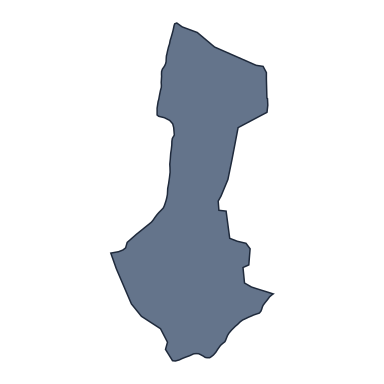 outline of Pavee, Castries, Saint Lucia
{"feature_id": "8701671B25758314350266", "entity_name": "Pavee", "entity_type": "district", "adm_level": 2, "iso_a3": "LCA", "parent_name": "Saint Lucia", "parent_adm1": "Castries", "projection": "albers", "projection_center": [-60.992, 14.003], "detail": "fine", "context": "isolated", "style": "filled", "palette": "slate", "viewbox_px": 384, "rotation_deg": 0, "n_neighbors": 0, "source": "geoboundaries", "source_scale": "gbopen_adm2", "svg_char_len": 1941}
<svg xmlns="http://www.w3.org/2000/svg" viewBox="0 0 384 384"><path d="M174.7,23.8L174.1,25.5L173.6,27.9L173.1,30.3L172.1,34.0L171.1,37.5L170.2,40.3L169.5,44.0L168.5,47.0L168.0,49.1L167.5,51.1L166.9,54.0L166.4,55.9L166.2,58.9L166.1,61.6L165.6,63.7L164.7,65.7L163.9,67.0L162.4,69.1L161.6,71.5L161.5,74.2L161.6,76.3L161.2,82.5L161.4,85.4L161.3,87.5L160.5,90.3L159.6,94.7L158.8,99.2L158.1,101.6L157.1,108.1L157.1,115.0L158.7,116.3L164.4,117.7L169.7,120.4L172.7,123.8L173.7,127.6L174.3,135.1L173.3,136.8L172.9,137.4L172.3,138.6L171.9,141.2L171.8,145.0L171.3,149.5L170.7,153.3L170.3,159.1L169.8,164.2L170.0,167.8L170.1,172.2L169.5,177.4L168.6,183.7L167.7,188.5L167.6,190.6L167.4,194.5L166.8,197.6L166.1,200.4L165.3,202.9L164.2,206.1L163.2,208.1L161.1,210.3L159.0,212.4L157.5,214.1L157.0,214.7L154.9,217.5L153.0,220.3L151.4,222.2L136.5,234.2L127.2,242.4L125.6,247.9L122.9,250.0L118.6,251.7L110.8,253.1L116.3,268.7L131.4,303.9L141.4,316.3L160.5,328.7L167.5,342.2L165.5,349.4L172.5,360.7L175.4,361.0L179.3,359.9L182.0,358.6L185.2,357.3L189.7,355.7L193.7,353.8L196.1,353.6L198.6,353.7L200.5,354.6L203.3,356.1L205.2,357.4L206.9,357.7L209.7,357.7L211.4,356.6L213.4,355.0L215.8,352.3L217.5,349.6L219.6,346.6L220.6,345.3L222.5,343.6L224.9,341.7L225.7,340.1L226.5,338.0L227.5,335.5L228.9,333.2L231.5,330.1L233.2,328.4L235.3,326.3L237.6,324.4L240.1,321.9L242.6,320.0L246.5,318.2L248.3,317.3L251.9,315.8L253.3,315.1L256.2,314.1L259.3,313.1L260.9,311.2L261.7,309.2L262.4,306.9L263.1,305.3L265.1,302.6L267.4,299.8L269.5,296.9L271.8,294.9L273.2,293.9L256.3,288.6L251.4,287.0L244.5,283.0L243.0,267.5L248.8,264.9L250.1,248.8L246.0,243.3L237.1,241.2L229.7,238.3L226.1,211.1L218.9,210.3L218.2,201.1L221.0,196.1L227.9,179.5L232.0,159.5L238.1,127.6L267.0,112.3L267.6,107.0L267.8,105.2L267.5,98.6L266.9,98.1L266.4,79.2L266.4,72.6L263.1,66.4L256.1,65.3L214.5,47.0L197.3,32.5L182.2,26.9L176.8,23.0L174.7,23.8Z" fill="#64748b" stroke="#1e293b" stroke-width="1.5"/></svg>